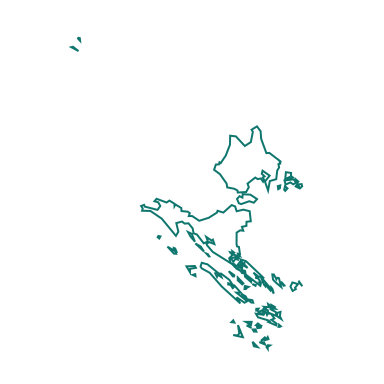 the district of Lingga, Kepulauan Riau, Indonesia, rotated 176°
{"feature_id": "22746128B41866695352092", "entity_name": "Lingga", "entity_type": "district", "adm_level": 2, "iso_a3": "IDN", "parent_name": "Indonesia", "parent_adm1": "Kepulauan Riau", "projection": "orthographic", "projection_center": [104.45, -0.394], "detail": "fine", "context": "isolated", "style": "outline", "palette": "teal", "viewbox_px": 384, "rotation_deg": 176, "n_neighbors": 0, "source": "geoboundaries", "source_scale": "gbopen_adm2", "svg_char_len": 5989}
<svg xmlns="http://www.w3.org/2000/svg" viewBox="0 0 384 384"><g transform="rotate(176 192 192)"><path d="M175.5,130.8L158.4,118.3L159.5,123.4L156.0,126.2L157.2,128.2L158.1,128.8L158.3,129.3L155.4,128.3L155.8,130.0L154.1,128.5L156.0,126.9L148.9,124.6L150.0,126.1L150.4,127.2L148.5,126.6L149.0,133.9L150.9,134.6L151.2,137.0L150.3,148.4L146.6,150.4L143.6,149.8L144.6,153.8L140.1,154.4L139.7,158.5L135.4,158.7L135.8,168.8L141.9,170.8L148.8,169.7L150.0,174.6L153.3,176.2L162.2,169.3L167.8,171.5L168.6,169.7L177.1,165.1L186.8,162.8L193.5,168.0L196.9,168.2L195.7,171.1L197.7,172.7L203.8,173.7L203.8,176.8L209.4,180.7L210.4,179.2L210.3,181.5L215.1,185.0L218.1,183.3L227.8,187.7L230.1,185.4L226.4,184.1L224.6,180.2L227.7,176.6L240.1,180.7L240.7,182.5L243.7,181.6L242.3,179.0L243.1,176.8L234.8,176.0L224.0,167.5L211.1,149.4L208.4,153.3L209.8,162.1L204.0,163.2L201.6,161.0L197.7,161.0L193.9,155.7L193.3,150.7L190.0,149.2L183.9,140.0L179.6,141.6L180.9,146.2L175.8,142.1L174.5,143.0L173.3,138.5L178.0,140.7L181.2,139.4L180.7,137.8L175.5,130.8ZM146.4,188.3L138.0,188.2L135.0,192.8L136.0,196.5L127.9,202.0L125.6,200.3L122.4,200.7L120.3,197.2L119.1,198.6L120.3,201.6L118.5,202.5L121.1,205.3L120.1,208.3L113.4,202.9L118.5,197.4L116.0,188.2L113.6,197.5L107.1,198.9L105.5,207.4L103.4,210.4L103.8,213.8L102.0,214.2L102.4,216.1L100.9,215.7L112.1,225.6L115.1,225.6L119.3,240.2L119.3,247.8L122.6,252.9L128.2,250.0L127.1,247.8L129.8,237.7L136.1,234.2L144.3,244.4L150.0,245.5L150.8,236.6L155.8,225.9L161.4,218.8L162.5,219.7L163.2,217.7L166.3,217.7L168.4,212.6L162.9,207.9L156.9,198.0L156.5,194.1L149.6,192.3L146.5,190.3L146.4,188.3ZM168.9,95.6L151.6,77.5L154.8,83.8L147.3,77.9L144.6,79.2L154.7,88.5L150.3,88.1L156.0,95.5L157.2,96.5L156.4,94.5L158.5,95.0L157.7,92.4L159.9,96.6L162.4,97.2L162.2,98.5L157.9,96.5L160.9,101.8L168.7,108.6L171.5,108.8L168.9,105.9L168.6,105.0L172.0,107.6L173.0,105.6L174.5,109.3L172.1,109.9L181.5,118.7L187.2,120.7L188.7,117.0L187.6,115.1L180.0,110.2L168.9,95.6ZM144.2,106.0L130.4,93.7L129.7,95.7L131.0,97.1L129.8,97.2L131.8,101.0L134.9,102.1L132.7,102.2L136.3,107.3L131.3,102.7L128.9,102.9L126.1,100.8L142.9,119.2L148.2,121.4L146.2,116.7L144.6,117.7L144.9,116.0L141.8,112.4L146.6,115.7L147.8,110.6L144.6,109.7L144.2,106.0ZM117.4,53.1L116.8,54.8L121.7,59.0L118.6,60.1L121.6,64.9L124.7,65.6L125.7,64.1L127.0,68.1L128.4,65.7L129.0,69.8L130.0,67.9L130.3,69.1L134.2,67.7L132.3,65.8L131.8,66.2L129.6,65.0L129.8,64.6L136.7,66.1L134.9,62.4L124.4,58.4L123.6,57.6L124.9,57.0L117.4,53.1ZM143.8,176.5L135.5,178.8L131.1,177.0L127.6,180.4L134.0,185.3L141.6,186.2L142.1,182.9L144.9,184.5L147.6,181.9L146.0,177.5L143.8,176.5ZM124.4,66.4L116.2,62.4L116.8,66.4L121.8,69.6L121.7,71.5L127.8,72.4L125.6,70.6L127.7,71.6L128.4,71.0L124.6,68.7L124.4,66.4ZM117.3,99.0L114.9,96.1L109.6,90.9L111.3,100.0L112.9,100.5L113.9,99.0L116.1,104.0L117.6,104.2L117.3,99.0ZM90.5,192.6L87.2,194.2L89.8,197.5L98.9,197.1L98.1,192.9L93.2,194.7L90.5,192.6ZM98.5,86.3L95.2,87.9L95.9,89.2L92.7,92.7L98.1,94.8L100.4,90.8L98.5,86.3ZM95.1,198.3L90.5,199.6L92.2,201.3L91.8,204.1L96.9,205.2L98.1,198.4L94.2,199.9L95.1,198.3ZM160.9,46.4L151.4,43.6L155.4,56.0L154.7,47.6L156.5,45.8L160.9,46.4ZM125.2,94.3L120.7,88.4L120.1,90.1L129.3,102.6L126.6,94.5L125.5,93.0L125.2,94.3ZM202.7,118.2L199.6,112.1L199.3,115.5L193.4,116.1L194.4,118.0L202.7,118.2ZM214.3,131.8L212.1,131.5L212.9,134.1L220.3,139.2L214.3,131.8ZM88.2,190.3L84.2,188.0L81.7,190.0L82.1,192.2L85.8,192.2L84.9,190.1L87.4,191.4L88.2,190.3ZM115.8,62.2L111.8,59.0L113.0,62.0L112.1,66.2L115.3,65.5L115.8,62.2ZM198.7,152.3L196.6,147.7L192.5,142.2L195.2,150.3L198.7,152.3ZM145.1,106.0L145.0,103.8L139.3,98.0L139.0,100.2L145.1,106.0ZM152.5,100.7L148.3,96.3L147.1,97.3L152.3,103.5L152.5,100.7ZM155.6,119.5L153.4,122.3L151.7,121.6L153.2,124.2L157.7,122.9L155.6,119.5ZM192.2,140.4L184.2,131.8L187.1,137.0L192.2,140.4ZM147.4,58.7L142.4,55.4L141.6,58.3L147.4,58.7ZM152.3,115.3L148.6,115.8L147.6,118.1L148.8,119.2L152.3,115.3ZM98.9,186.6L96.5,189.0L98.8,191.3L99.9,187.9L98.9,186.6ZM302.3,344.9L295.4,340.5L300.6,345.2L302.3,344.9ZM138.7,77.3L139.3,79.9L144.3,81.1L140.6,77.6L138.7,77.3ZM136.2,51.6L132.8,51.9L132.2,53.5L136.8,53.8L136.2,51.6ZM160.8,110.4L157.1,104.9L155.9,104.9L155.6,106.0L160.8,110.4ZM105.8,188.8L104.1,189.6L103.5,192.4L106.0,191.9L105.8,188.8ZM135.3,37.5L129.8,34.8L130.6,36.8L135.3,37.5ZM137.5,48.2L138.3,50.5L141.0,50.6L140.0,48.5L137.5,48.2ZM154.5,114.2L153.2,114.7L154.7,117.0L157.5,118.0L154.5,114.2ZM150.0,87.0L144.7,81.9L145.8,84.2L150.0,87.0ZM149.2,110.4L147.8,107.6L145.6,107.2L145.9,108.3L149.2,110.4ZM86.3,193.8L85.2,195.0L87.9,197.7L88.4,195.8L86.3,195.4L86.3,193.8ZM129.5,41.9L133.6,38.8L128.4,40.4L129.5,41.9ZM109.4,96.4L107.2,92.1L106.3,92.3L109.4,96.4ZM120.4,70.3L117.1,69.7L119.7,71.9L120.4,70.3ZM214.1,137.5L214.3,135.4L211.8,134.0L212.7,136.8L214.1,137.5ZM141.0,33.8L137.3,32.7L142.0,38.4L141.0,33.8ZM128.7,39.3L126.0,39.9L126.6,42.0L128.7,39.3ZM151.1,112.8L153.9,113.1L150.8,111.0L151.1,112.8ZM146.8,55.0L142.2,52.3L144.8,54.9L146.8,55.0ZM150.6,114.6L148.1,112.3L148.0,114.0L150.6,114.6ZM161.7,59.4L158.8,58.8L159.8,61.1L161.7,59.4ZM197.1,109.3L194.4,107.8L194.5,109.8L197.1,109.3ZM119.4,72.2L116.5,70.9L120.5,73.7L120.4,72.1L119.4,72.2ZM134.9,94.7L138.2,95.9L135.2,94.0L134.9,94.7ZM127.4,30.3L127.3,32.2L124.9,33.5L127.0,33.9L128.5,32.2L127.4,30.3ZM227.9,147.9L226.6,149.9L228.6,150.5L229.4,149.3L227.9,147.9ZM115.2,51.5L114.0,51.3L112.7,51.8L114.5,53.6L115.2,51.5ZM136.2,69.4L134.6,69.6L133.7,71.0L136.0,71.0L136.2,69.4ZM117.5,84.9L118.5,89.6L119.4,90.9L119.4,89.2L117.5,84.9ZM137.1,54.9L133.7,54.7L135.5,56.3L137.1,54.9ZM91.7,94.8L88.5,90.3L91.4,95.2L91.7,94.8ZM293.1,350.6L293.2,353.3L294.6,353.7L295.0,353.0L293.1,350.6ZM146.4,91.5L144.9,91.5L144.2,92.5L146.0,93.7L146.4,91.5ZM144.6,94.2L143.8,92.6L142.2,93.4L144.6,94.2ZM123.7,73.4L121.0,72.5L123.9,74.9L123.7,73.4ZM182.0,129.6L179.7,126.6L179.2,126.6L180.6,129.0L182.0,129.6ZM150.4,122.7L149.6,124.1L150.6,124.9L151.5,124.1L150.4,122.7Z" fill="none" stroke="#0f766e" stroke-width="2"/></g></svg>